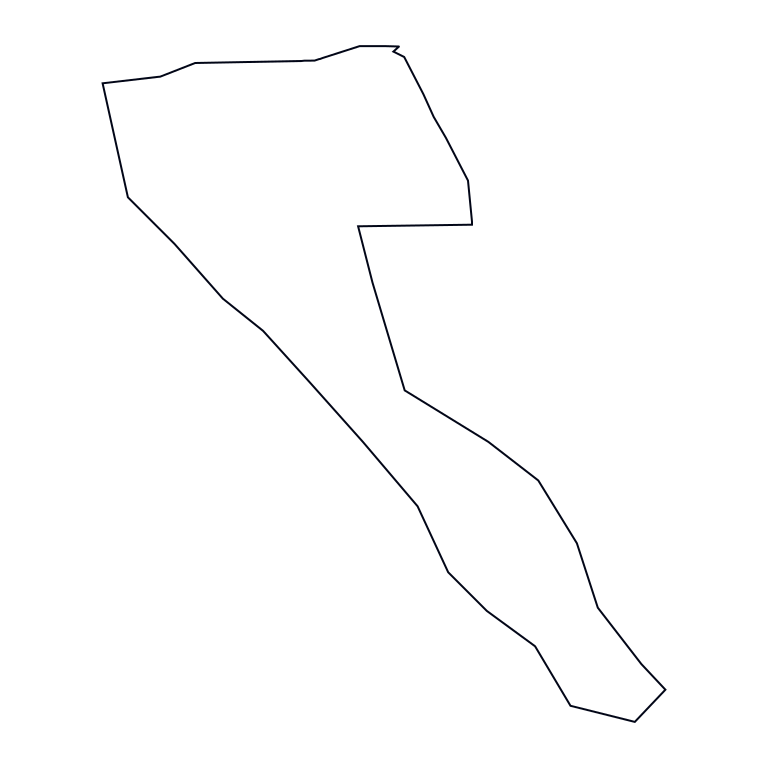 Avaza, Balkan, Turkmenistan
{"feature_id": "10190150B47051626377462", "entity_name": "Avaza", "entity_type": "district", "adm_level": 2, "iso_a3": "TKM", "parent_name": "Turkmenistan", "parent_adm1": "Balkan", "projection": "mercator", "projection_center": [52.922, 39.907], "detail": "fine", "context": "isolated", "style": "outline", "palette": "ink", "viewbox_px": 768, "rotation_deg": 0, "n_neighbors": 0, "source": "geoboundaries", "source_scale": "gbopen_adm2", "svg_char_len": 637}
<svg xmlns="http://www.w3.org/2000/svg" viewBox="0 0 768 768"><path d="M158.6,76.8L102.6,83.3L127.9,197.3L174.6,244.0L222.9,298.7L263.1,330.9L309.8,382.4L362.9,441.9L417.6,506.3L448.2,572.3L486.8,610.9L535.1,646.3L570.5,705.8L634.8,721.9L665.4,689.7L641.3,664.0L597.8,607.7L576.9,543.3L538.3,480.5L488.4,441.9L404.7,390.4L372.5,282.6L358.1,226.3L472.0,224.7L472.0,221.7L468.0,180.6L446.0,138.0L433.7,116.9L423.4,94.2L404.2,57.0L393.4,51.6L398.8,46.7L398.7,46.5L384.1,46.1L359.7,46.1L322.6,58.0L320.0,59.0L319.1,59.1L314.6,60.6L304.2,60.7L301.5,61.0L195.1,63.0L160.1,76.7L158.6,76.8Z" fill="none" stroke="#020617" stroke-width="2"/></svg>